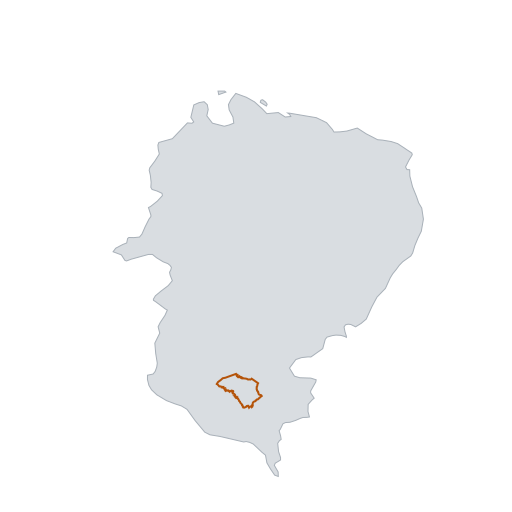 location of Koun Mom, Rôtânôkiri, Cambodia, rotated 125°
{"feature_id": "14789045B34257820589195", "entity_name": "Koun Mom", "entity_type": "district", "adm_level": 2, "iso_a3": "KHM", "parent_name": "Cambodia", "parent_adm1": "Rôtânôkiri", "projection": "albers", "projection_center": [106.798, 13.499], "detail": "fine", "context": "in_parent", "style": "outline", "palette": "amber", "viewbox_px": 512, "rotation_deg": 125, "n_neighbors": 0, "source": "geoboundaries", "source_scale": "gbopen_adm2", "svg_char_len": 6962}
<svg xmlns="http://www.w3.org/2000/svg" viewBox="0 0 512 512"><g transform="rotate(125 256 256)"><path d="M423.8,111.3L424.8,115.0L422.1,122.1L419.2,128.4L413.7,134.0L413.4,138.2L411.6,150.4L412.3,154.3L413.6,157.6L415.4,159.4L420.2,171.4L424.6,182.3L428.9,191.2L429.7,196.9L425.8,211.3L421.2,224.5L421.6,231.1L423.6,237.6L425.8,246.4L426.6,257.6L425.5,264.9L423.4,269.5L419.4,274.1L415.9,276.5L411.7,272.6L408.4,272.4L403.9,273.6L400.4,275.4L393.3,282.3L385.4,288.9L374.4,290.6L370.1,295.6L365.5,296.3L356.9,296.5L351.2,297.6L351.4,300.1L351.0,311.8L351.1,314.6L350.2,315.3L346.3,315.6L339.6,313.8L330.6,310.9L324.2,310.4L320.8,315.5L318.9,317.5L316.4,317.8L313.9,318.7L313.0,321.0L312.8,323.8L314.0,328.7L314.5,336.5L314.1,341.7L316.5,345.1L330.2,356.4L334.3,359.2L334.8,360.8L332.3,366.9L334.5,375.5L330.1,375.4L322.9,371.7L319.5,369.4L315.3,371.2L313.8,370.8L311.0,366.6L307.3,362.3L303.5,362.0L295.5,363.6L287.2,364.8L284.1,364.7L282.8,365.5L278.0,371.9L276.0,370.8L267.7,368.3L260.2,367.3L258.6,368.9L259.5,374.2L261.1,379.3L260.1,381.5L255.9,384.1L250.4,388.9L247.0,392.7L244.7,393.6L236.3,393.3L227.9,393.7L224.6,397.3L221.4,400.0L218.7,400.7L207.9,391.8L186.3,388.5L184.0,384.6L181.9,383.9L179.8,388.9L167.9,393.6L163.0,390.6L159.4,387.0L160.0,382.7L163.4,379.2L169.4,376.7L172.2,367.9L167.9,356.4L164.0,353.1L159.9,350.4L155.4,354.6L151.7,361.8L147.8,365.4L142.3,366.2L134.4,365.8L131.5,354.9L130.6,345.6L131.9,335.1L133.2,328.8L125.7,320.0L125.4,311.8L121.8,307.5L120.7,309.6L120.7,312.0L119.7,310.3L108.1,285.9L106.3,274.7L108.5,266.1L109.7,263.2L106.3,258.6L101.6,253.3L93.1,246.4L92.7,235.7L91.0,223.1L88.5,218.8L84.7,210.9L82.7,204.4L82.3,187.4L83.4,186.1L89.5,185.7L97.3,184.6L98.6,181.9L97.2,179.6L102.3,175.8L109.5,167.5L115.2,158.7L119.2,153.2L121.7,147.7L129.8,140.0L140.9,134.8L148.4,133.6L156.2,131.9L163.7,129.4L167.2,129.2L176.5,132.5L181.5,133.3L186.7,133.4L192.2,133.8L196.9,133.5L208.3,131.4L220.3,133.3L231.1,132.0L244.4,129.5L250.9,131.2L256.9,133.8L257.7,139.0L259.0,141.4L261.0,143.2L263.6,143.2L267.1,139.6L269.9,135.9L270.8,135.3L271.0,137.1L272.4,141.1L274.9,145.1L277.4,147.8L281.7,151.3L284.5,151.5L293.6,148.2L307.2,153.1L308.8,155.5L313.2,160.5L318.0,164.0L328.6,164.3L332.4,155.6L330.6,150.3L324.6,141.1L322.9,135.7L324.9,134.8L335.2,133.8L336.8,132.7L339.1,126.8L341.9,127.5L347.6,128.2L353.6,124.2L357.2,119.9L359.1,121.9L361.3,124.9L363.6,126.6L367.9,129.2L372.7,132.8L375.6,136.4L378.0,137.7L384.1,136.7L385.8,136.9L389.3,132.6L391.8,130.2L393.9,130.9L397.0,130.8L403.3,125.3L407.0,120.3L409.0,118.9L414.7,121.4L417.0,120.9L420.2,114.0L423.8,111.3ZM127.7,340.6L126.5,341.2L125.3,341.2L124.2,340.2L124.4,336.3L125.3,333.9L127.2,333.5L127.7,340.6ZM145.2,379.1L142.7,381.7L138.9,376.2L139.0,374.7L145.2,379.1Z" fill="#d9dde1" stroke="#a8b0b8" stroke-width="1"/><path d="M383.4,214.7L383.3,214.4L383.3,213.6L383.6,212.2L383.9,211.4L383.9,211.2L383.5,210.8L383.2,210.3L383.1,210.2L383.1,209.8L383.0,209.7L383.1,209.4L383.1,209.2L383.1,208.8L383.1,208.7L383.3,208.6L383.2,208.4L382.8,208.4L382.7,208.3L382.7,208.2L382.3,208.2L382.2,208.0L382.2,207.8L382.1,207.7L382.3,207.6L382.3,207.4L382.3,207.2L382.5,207.0L382.5,206.9L382.7,206.7L382.8,206.7L382.8,206.4L382.8,206.2L382.7,206.1L382.8,206.1L382.9,205.9L383.0,205.8L383.1,205.6L383.2,205.3L383.2,205.2L383.3,205.2L383.2,205.2L383.3,205.0L383.4,204.9L383.5,204.8L383.5,204.7L383.4,204.7L383.5,204.6L383.6,204.3L383.5,204.2L383.6,203.9L383.6,203.7L383.4,203.7L383.5,203.6L383.5,203.3L383.6,203.2L383.4,203.1L383.2,203.1L382.9,203.0L382.9,202.9L383.0,202.9L382.9,202.8L382.7,202.7L382.5,202.4L382.5,202.2L382.4,202.1L382.3,201.9L382.2,201.8L382.3,201.7L382.2,201.6L382.1,201.4L382.1,201.2L382.3,201.1L382.3,200.9L382.2,200.8L382.2,200.7L382.3,200.5L382.3,200.3L382.2,200.3L382.3,200.0L382.2,200.0L382.2,199.9L382.0,199.7L381.9,199.6L381.6,199.5L381.6,199.4L381.3,199.2L381.2,199.1L381.1,198.9L380.9,198.8L380.8,199.0L380.7,198.9L380.4,198.9L380.3,198.4L380.2,198.3L380.1,198.2L380.0,197.9L379.9,197.9L379.8,197.7L379.7,197.4L379.8,197.1L380.1,196.9L380.5,196.9L381.0,197.0L381.3,197.0L381.6,196.7L381.8,196.4L381.9,196.1L381.9,195.8L381.8,195.6L381.6,195.4L381.5,195.1L381.6,194.0L381.7,193.6L381.8,193.4L382.0,193.3L382.3,193.3L382.4,193.1L382.6,193.1L382.6,192.9L382.8,193.1L382.8,192.9L383.2,192.6L383.2,192.4L383.3,192.4L383.3,192.2L383.2,192.2L383.1,191.9L383.2,191.7L383.3,191.7L383.5,191.5L383.4,191.3L383.5,191.2L383.5,190.8L383.6,190.7L383.4,190.5L383.4,190.4L383.1,190.3L383.1,190.2L382.9,190.0L383.0,189.8L382.9,189.8L383.0,189.7L383.1,189.3L383.2,189.1L383.2,188.6L383.5,188.2L384.0,187.2L384.5,186.6L384.5,186.4L384.5,185.6L384.9,185.2L385.3,184.4L385.4,183.5L385.5,183.3L385.7,182.2L386.1,182.0L386.2,181.9L386.0,181.6L386.2,181.2L386.5,180.9L386.7,180.6L386.8,180.5L386.8,180.4L387.1,180.3L387.2,179.9L387.1,179.6L387.3,179.5L387.1,179.1L387.1,178.8L386.6,178.4L386.2,178.1L385.9,178.0L385.7,177.9L385.4,177.6L385.0,177.6L384.6,177.6L384.3,177.6L384.2,177.5L384.0,177.4L383.8,177.2L383.8,176.8L383.6,176.9L383.4,176.8L383.3,176.7L383.1,176.4L384.2,174.7L383.3,174.6L382.9,174.3L382.3,174.1L381.8,173.8L381.4,173.7L381.1,173.7L381.3,173.5L381.8,173.2L382.0,172.9L381.9,172.9L381.6,172.6L380.1,173.0L379.9,173.2L379.3,173.8L378.3,174.3L378.1,174.4L377.4,174.4L376.9,174.3L376.4,174.1L375.5,173.4L375.2,173.2L374.9,173.2L374.6,173.4L374.3,173.2L374.0,173.1L373.2,173.1L372.9,172.9L372.5,172.3L371.9,172.1L371.5,172.0L371.1,172.1L370.9,172.0L370.3,171.8L370.1,171.8L370.0,171.7L369.8,171.7L369.7,171.6L369.2,171.5L368.9,171.5L368.7,171.4L368.3,171.3L368.1,171.3L367.9,171.2L367.7,171.1L367.4,171.0L367.1,171.6L367.1,172.1L367.2,172.5L367.6,173.3L367.7,173.9L367.7,174.2L367.4,174.9L367.1,175.2L366.7,175.6L366.5,176.1L366.2,176.2L366.0,176.4L365.8,176.8L365.9,177.1L365.8,177.4L365.7,177.9L365.0,178.5L364.9,178.9L364.7,179.1L364.1,179.4L363.9,179.7L363.8,179.8L363.1,180.1L362.9,180.1L362.7,180.4L361.8,180.4L361.3,180.6L360.5,181.1L360.3,181.1L359.7,181.2L359.0,181.3L359.0,189.2L359.7,189.3L360.5,189.8L360.9,190.7L361.7,191.6L361.9,192.3L361.8,192.7L361.9,193.2L362.3,194.0L362.6,194.7L362.9,195.1L363.2,195.7L363.5,196.1L363.4,196.3L363.5,196.6L363.5,196.8L363.5,197.0L363.9,197.1L363.9,197.3L364.0,197.3L364.2,197.5L364.3,197.5L364.3,197.9L364.4,198.1L364.5,198.3L364.5,198.5L364.3,198.5L364.2,198.7L364.2,198.8L364.1,199.1L363.8,199.1L363.9,199.4L364.0,199.7L364.0,199.8L364.1,199.7L364.1,199.8L364.3,199.8L364.4,200.0L364.5,200.1L364.5,200.3L364.8,200.2L365.0,200.4L364.9,200.5L365.0,200.8L364.9,201.1L365.1,201.4L365.4,201.5L365.2,201.9L365.1,202.0L365.3,202.0L365.3,202.3L365.4,202.5L365.3,202.9L365.2,203.0L365.0,203.3L364.9,203.4L364.6,203.4L364.4,203.5L364.2,203.5L364.3,203.7L364.2,203.8L364.1,204.1L364.1,204.3L364.3,204.5L364.1,204.8L370.9,209.6L373.2,211.2L375.2,213.1L375.4,213.2L376.4,213.4L378.8,214.0L379.1,214.3L379.9,214.4L380.9,214.8L381.6,214.8L382.7,214.7L383.2,214.8L383.4,214.7Z" fill="none" stroke="#b45309" stroke-width="2"/></g></svg>